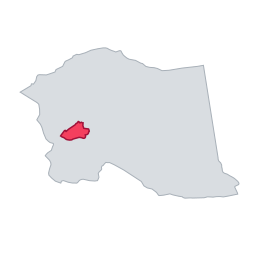 where Gulu sits in Uganda, rotated 261°
{"feature_id": "UGA-3098", "entity_name": "Gulu", "entity_type": "County", "adm_level": 1, "iso_a3": "UGA", "parent_name": "Uganda", "parent_adm1": "", "projection": "natural_earth1", "projection_center": [32.435, 2.878], "detail": "fine", "context": "in_parent", "style": "filled", "palette": "rose", "viewbox_px": 256, "rotation_deg": 261, "n_neighbors": 0, "source": "natural_earth", "source_scale": "10m", "svg_char_len": 2790}
<svg xmlns="http://www.w3.org/2000/svg" viewBox="0 0 256 256"><g transform="rotate(261 128 128)"><path d="M178.1,212.3L174.7,212.3L169.3,212.3L163.8,212.3L158.4,212.3L152.9,212.3L147.5,212.3L142.0,212.3L136.6,212.3L131.1,212.3L125.7,212.3L120.2,212.3L114.8,212.3L109.3,212.3L103.9,212.3L98.4,212.3L93.0,212.3L87.5,212.3L84.3,212.3L83.7,212.2L83.2,212.1L81.2,212.5L79.0,214.1L76.8,214.7L74.4,214.4L74.1,214.6L72.8,214.6L71.1,214.5L69.5,214.9L68.2,216.2L67.0,218.6L64.8,221.2L63.0,223.6L61.5,225.3L58.1,228.1L56.3,228.9L55.4,228.8L54.8,228.3L53.7,224.7L53.1,224.1L46.5,226.0L45.5,226.0L45.5,224.9L45.1,216.5L45.0,211.4L45.9,208.2L46.4,204.5L46.4,201.3L47.6,195.8L47.2,192.4L48.7,180.8L49.2,178.9L49.8,173.3L50.7,171.5L51.6,170.9L52.7,167.4L54.9,161.9L56.4,159.1L56.1,152.9L56.3,148.7L56.7,147.7L59.9,146.1L64.0,142.2L65.8,137.7L68.3,134.7L73.1,132.8L87.3,117.1L93.9,108.6L96.8,104.3L96.9,102.7L97.5,100.7L96.3,99.1L94.9,97.6L94.5,96.3L93.3,95.6L91.6,95.6L90.5,94.7L89.2,92.7L87.9,91.5L83.9,91.6L80.8,89.7L80.8,87.0L82.0,81.8L84.4,75.8L84.5,74.2L84.2,72.7L83.6,71.5L82.5,70.3L81.6,68.9L82.3,64.6L83.8,60.4L85.0,58.2L86.2,55.9L85.9,53.9L84.1,53.0L85.1,51.1L86.9,47.9L90.6,44.7L93.8,42.5L95.9,42.5L100.0,44.2L103.8,46.2L105.9,46.3L108.4,45.5L113.5,41.9L114.8,43.1L116.3,45.2L117.9,48.8L121.2,50.5L122.8,51.6L123.9,51.9L124.5,51.7L125.8,48.8L127.3,47.3L130.0,45.3L136.1,43.8L140.5,43.3L142.3,43.0L145.4,42.1L150.3,39.2L155.1,42.9L160.3,43.6L165.4,43.6L166.9,42.5L167.8,41.6L173.1,35.4L180.3,27.1L185.0,38.8L186.7,39.5L186.5,40.6L186.1,41.5L189.2,44.4L193.0,45.9L194.4,47.3L194.5,48.9L193.2,55.7L193.5,57.7L194.7,64.6L197.0,66.1L199.1,73.1L203.2,76.0L203.8,76.8L204.7,80.2L206.0,83.9L207.0,84.7L207.6,84.9L208.8,88.8L208.1,91.0L209.0,97.7L210.6,103.6L211.0,110.7L211.0,113.9L211.0,115.8L210.6,118.5L209.9,120.1L208.6,121.6L207.1,124.0L205.8,126.5L205.0,127.8L205.7,131.6L205.5,132.6L205.2,133.1L203.3,133.7L200.9,134.7L199.5,135.8L197.4,137.7L195.8,139.8L193.6,146.0L190.0,150.8L189.4,152.4L186.0,155.3L184.5,158.9L183.5,163.2L182.2,166.3L179.3,170.6L178.6,177.4L178.7,190.9L178.0,206.3L178.1,212.3Z" fill="#d9dde1" stroke="#a8b0b8" stroke-width="1"/><path d="M135.5,65.6L135.2,66.0L134.6,66.0L134.3,66.3L136.2,69.3L139.3,76.0L139.8,76.7L140.1,76.9L140.5,77.3L140.8,78.2L141.2,79.0L141.8,79.4L142.2,79.9L141.7,80.7L140.9,80.9L140.6,81.4L140.8,82.0L141.0,82.8L140.6,83.4L140.1,83.8L140.1,84.4L137.3,83.8L134.6,84.3L133.2,88.9L131.9,89.2L130.8,89.2L130.3,88.6L129.3,88.2L128.5,87.6L128.0,86.7L127.9,86.0L127.8,85.3L127.9,84.8L126.0,84.7L125.1,84.1L124.7,83.0L124.9,82.0L125.5,81.1L125.9,80.0L126.3,78.8L126.4,78.0L125.7,72.1L125.1,70.6L125.2,68.5L125.9,66.3L126.4,65.2L128.4,63.3L129.5,61.4L130.7,60.2L131.6,61.0L135.3,64.8L135.5,65.6Z" fill="#f43f5e" stroke="#9f1239" stroke-width="1.5"/></g></svg>